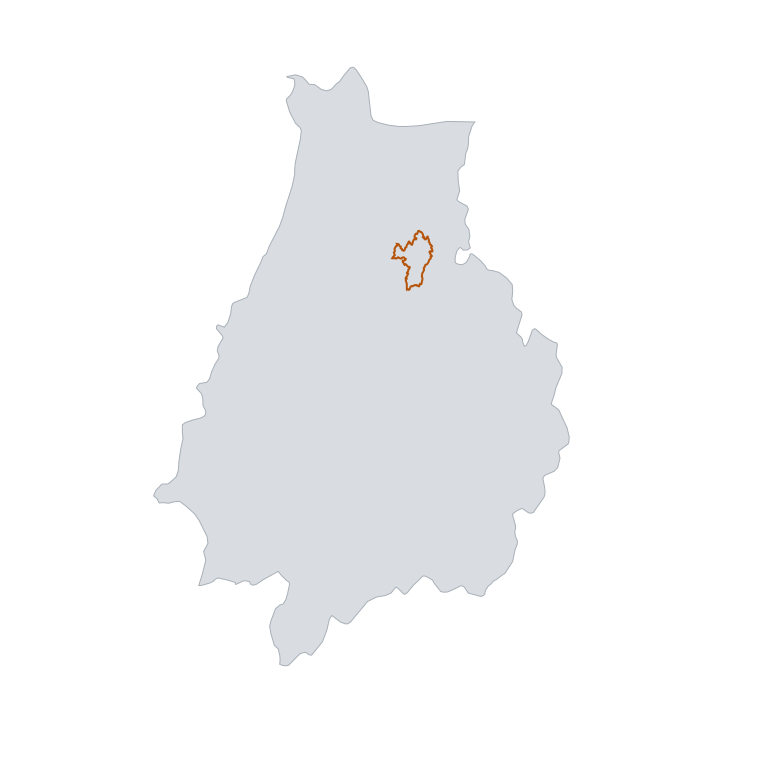 Novogrudok, Grodno, Belarus shown in context, rotated 105°
{"feature_id": "67162791B21439902878143", "entity_name": "Novogrudok", "entity_type": "district", "adm_level": 2, "iso_a3": "BLR", "parent_name": "Belarus", "parent_adm1": "Grodno", "projection": "robinson", "projection_center": [25.854, 53.617], "detail": "fine", "context": "in_parent", "style": "outline", "palette": "amber", "viewbox_px": 768, "rotation_deg": 105, "n_neighbors": 0, "source": "geoboundaries", "source_scale": "gbopen_adm2", "svg_char_len": 7818}
<svg xmlns="http://www.w3.org/2000/svg" viewBox="0 0 768 768"><g transform="rotate(105 384 384)"><path d="M626.6,510.8L614.6,510.3L600.3,510.5L592.4,514.9L583.6,512.8L577.4,515.2L563.6,527.3L558.2,533.7L553.2,543.7L550.2,551.1L552.1,556.3L554.9,561.1L555.7,566.3L557.1,570.4L553.7,573.3L551.7,577.6L545.7,576.8L538.2,572.7L536.5,566.8L530.7,562.7L527.0,560.6L520.8,560.3L511.1,562.2L498.3,563.6L488.6,564.0L483.4,566.1L475.6,568.2L472.5,565.8L468.1,559.1L464.4,552.4L461.9,549.5L459.7,548.6L457.1,548.8L454.2,550.9L452.0,553.1L443.9,555.6L440.4,558.0L436.6,564.1L434.0,563.7L431.3,562.3L428.1,555.4L423.8,553.8L417.0,553.7L408.6,552.3L401.7,550.2L399.3,550.7L395.2,553.6L390.8,554.0L381.2,551.4L379.3,552.6L373.9,560.2L371.3,560.6L369.8,559.6L370.5,553.0L364.9,550.7L355.5,550.3L348.9,551.3L345.6,551.0L344.0,549.8L335.8,538.7L331.5,538.0L323.8,538.5L312.5,537.2L299.5,534.7L292.3,533.8L288.6,531.3L280.5,530.5L259.0,525.8L250.2,525.0L237.2,524.9L217.5,523.9L204.8,524.5L199.0,526.0L192.2,527.0L168.8,528.2L160.3,529.5L157.9,531.8L155.1,536.9L145.4,545.7L135.9,551.5L134.2,552.0L128.7,548.9L124.1,547.9L118.8,547.5L115.0,548.5L112.5,550.0L112.8,556.8L112.2,557.4L108.2,549.3L108.6,542.0L111.0,537.9L113.8,534.1L112.8,528.5L115.6,521.1L115.8,515.7L114.6,513.4L112.4,510.7L106.4,507.7L103.7,505.4L95.5,502.3L87.4,498.4L86.0,496.0L86.4,494.4L87.9,491.9L94.3,484.7L101.1,477.7L105.5,474.9L128.5,465.9L132.1,462.7L133.0,457.4L132.8,446.7L131.5,436.9L129.8,430.1L125.6,417.4L114.1,391.2L107.4,364.1L112.0,365.7L122.8,366.3L131.5,364.4L135.9,364.1L139.9,364.7L151.3,363.2L154.1,365.6L159.1,367.8L169.1,364.7L177.9,360.9L187.1,361.3L188.4,359.4L190.7,349.8L193.5,347.7L204.4,348.6L208.5,346.9L212.7,342.1L219.2,339.2L224.5,339.2L230.2,335.9L232.9,338.1L234.2,342.1L232.4,345.3L233.2,346.5L237.1,348.1L243.7,348.0L248.0,346.7L249.0,344.9L249.0,341.6L247.9,338.5L245.1,335.9L239.8,334.5L236.1,334.4L235.5,332.8L236.8,329.2L240.0,322.5L244.0,316.5L246.5,314.2L246.9,312.1L246.4,308.5L246.4,301.9L250.0,292.7L254.8,285.9L261.3,283.6L269.2,282.4L274.2,279.2L276.7,275.5L278.9,269.8L281.4,268.6L300.4,269.3L303.3,263.6L304.9,262.0L308.6,260.3L311.1,258.2L310.1,256.6L305.3,255.6L293.8,254.7L291.5,252.8L292.2,250.5L295.3,244.6L298.1,237.0L299.6,231.1L299.7,227.6L301.4,226.6L310.6,225.5L313.7,224.3L321.7,216.3L327.7,214.9L343.4,217.0L350.6,216.8L359.8,217.4L360.6,216.6L363.7,208.6L379.0,195.8L387.2,191.4L392.4,190.4L394.3,190.6L402.7,197.4L404.7,197.7L410.1,194.8L419.7,194.6L424.2,197.0L430.7,205.2L434.0,206.2L443.2,201.6L448.4,200.1L451.8,200.1L469.5,206.5L470.8,208.6L471.0,211.0L468.4,218.5L472.2,223.1L476.5,226.3L485.4,221.1L488.7,219.6L492.3,219.6L497.2,217.7L500.6,214.8L504.0,213.8L510.5,214.5L522.1,213.8L535.9,218.3L537.1,219.7L544.0,225.0L546.5,227.7L548.8,228.5L552.5,231.1L557.4,232.7L560.8,232.2L562.4,233.1L564.0,235.1L564.2,238.6L564.1,248.6L559.4,253.8L558.8,255.6L559.1,257.8L563.1,262.1L568.4,268.7L569.7,272.6L569.8,275.5L563.2,284.2L561.0,286.2L559.6,290.5L558.9,294.9L559.4,296.7L571.1,303.7L579.6,307.5L581.6,309.3L581.8,310.5L577.5,318.0L577.2,320.0L584.1,323.1L588.0,328.0L591.6,336.0L598.3,343.6L622.7,354.8L624.9,356.8L625.7,359.2L625.2,364.4L621.1,374.4L625.3,375.9L635.9,375.5L648.9,376.7L664.7,383.8L664.9,386.9L663.4,389.8L664.6,392.8L666.4,395.4L680.2,403.3L681.6,405.6L682.0,409.4L681.7,412.2L678.0,412.8L673.9,414.1L667.3,417.5L664.8,422.3L654.1,428.8L647.4,431.8L642.0,431.9L629.1,430.6L624.5,427.4L622.5,424.4L617.5,423.0L610.9,422.9L601.9,423.4L600.1,424.3L598.7,428.0L595.0,434.2L592.4,437.7L604.3,450.1L610.3,455.2L612.2,458.3L612.2,460.5L609.6,463.1L610.2,468.4L616.0,475.3L614.2,476.4L613.9,484.9L614.3,494.0L615.9,496.2L619.0,498.0L621.7,501.3L626.2,508.9L626.6,510.8Z" fill="#d9dde1" stroke="#a8b0b8" stroke-width="1"/><path d="M238.6,373.4L238.0,373.9L237.5,374.4L237.4,375.0L237.3,375.6L236.7,376.1L236.0,376.3L235.6,376.6L235.2,377.1L235.1,377.5L234.7,377.6L234.0,377.7L232.7,378.2L232.4,378.6L232.1,379.1L231.6,379.5L231.0,379.6L230.4,379.8L230.4,380.2L231.4,380.4L232.0,380.4L232.2,380.7L232.8,380.9L233.4,381.0L233.5,381.7L233.7,382.1L233.4,382.5L232.8,382.7L232.0,383.0L232.3,383.6L232.4,383.9L232.4,384.2L232.2,384.5L231.7,384.5L231.0,384.4L230.5,384.5L230.2,384.7L229.8,384.9L229.2,385.4L228.4,386.1L227.9,386.7L227.7,387.0L227.6,387.8L227.7,388.4L227.2,389.1L227.0,389.9L227.5,390.6L228.8,390.7L230.0,390.7L230.6,391.0L230.5,391.9L230.8,392.3L232.3,392.7L233.8,392.7L234.5,392.2L234.7,391.3L234.8,390.5L235.3,390.3L236.0,390.5L236.2,391.2L236.2,391.8L236.5,392.4L237.3,392.7L238.8,392.9L240.4,392.9L241.3,392.8L242.1,392.9L242.4,393.4L242.2,393.7L241.5,394.1L241.3,394.6L241.5,395.2L241.2,395.7L240.4,396.0L240.0,396.2L239.9,396.7L240.7,397.1L241.6,397.2L242.3,397.3L242.7,397.3L243.1,397.6L243.6,397.9L244.5,397.9L245.0,397.9L245.7,397.8L246.2,398.0L246.5,398.2L246.7,398.7L247.7,398.7L248.6,398.7L249.3,398.8L249.9,399.0L250.1,399.3L249.8,399.5L249.8,400.0L250.0,400.3L250.1,400.7L249.8,401.3L249.3,401.5L248.9,401.6L248.7,402.2L248.7,402.6L248.6,403.0L248.3,403.2L247.6,403.3L247.0,403.3L246.8,403.7L246.8,404.0L246.8,404.4L246.5,405.0L245.8,405.5L245.3,405.9L245.1,406.5L245.2,407.2L245.3,407.9L245.9,407.6L246.3,407.3L247.2,407.3L247.6,407.7L247.9,408.2L248.6,408.3L249.3,408.4L249.6,408.6L250.3,408.8L250.9,408.7L251.5,408.5L252.0,408.2L252.8,407.9L253.5,408.0L254.0,408.4L254.5,408.5L254.8,408.3L255.3,408.0L256.2,407.3L256.9,406.9L257.8,407.5L258.7,408.1L259.7,408.4L260.4,408.6L260.3,407.7L259.9,406.9L259.7,406.3L259.5,405.9L259.5,405.4L259.8,405.0L259.7,404.7L259.2,404.1L258.2,403.5L257.9,403.1L258.1,402.5L258.4,402.1L258.4,401.7L258.4,401.2L258.5,400.0L258.1,399.6L257.7,399.5L257.2,399.1L256.8,398.4L256.5,397.7L256.8,397.1L257.3,396.7L257.6,396.3L257.6,396.0L257.5,395.4L258.1,395.3L258.7,395.5L259.1,396.0L259.8,396.6L260.2,397.2L260.1,397.4L260.0,397.7L260.4,397.8L261.0,397.6L261.5,397.1L261.9,396.7L262.6,396.0L263.2,395.5L263.6,395.0L263.3,394.7L262.7,394.4L262.8,393.9L263.2,393.2L263.6,392.5L264.2,391.8L264.4,391.3L264.6,390.6L264.5,390.0L264.3,389.7L264.5,389.4L265.3,389.3L265.9,389.3L266.5,389.6L266.9,390.0L267.2,390.1L267.9,390.0L268.6,389.9L269.5,390.0L269.9,390.2L270.3,390.6L270.9,390.6L271.2,390.2L271.1,389.7L271.2,389.3L271.9,389.4L272.8,389.5L273.7,389.6L274.5,389.9L275.0,390.2L276.0,390.5L276.6,390.4L276.6,389.9L276.5,389.4L277.0,389.4L277.5,389.6L278.5,389.7L279.4,389.1L280.5,388.4L281.7,387.8L283.2,387.4L284.4,387.1L285.4,386.8L286.0,386.7L286.6,386.4L286.4,386.3L286.2,385.7L286.6,385.3L286.6,384.8L286.6,384.3L286.1,383.9L285.1,383.8L283.9,383.6L283.0,383.4L282.4,382.9L282.3,382.3L282.2,381.7L281.8,381.6L281.2,380.6L280.7,380.2L280.3,379.3L280.1,378.5L280.5,378.2L280.5,377.6L280.1,377.2L280.2,376.7L280.3,376.4L280.7,376.0L280.6,375.5L280.1,375.2L279.2,375.2L278.7,375.3L277.9,375.1L278.0,374.6L277.9,374.0L277.8,373.8L276.5,373.8L275.7,373.8L274.9,373.9L274.2,373.9L273.5,373.9L272.8,374.0L272.1,374.2L271.7,374.4L271.1,374.6L270.7,374.9L270.4,375.1L270.1,375.4L269.6,375.4L268.5,375.5L268.1,375.6L267.6,375.6L267.1,375.7L266.4,375.5L265.9,375.3L265.4,375.1L264.9,375.1L264.4,375.0L263.5,374.8L262.9,375.0L262.6,375.2L262.1,375.5L261.7,375.6L261.1,375.4L260.7,375.1L260.3,375.0L259.9,375.1L259.5,375.1L258.8,374.9L258.5,374.9L258.0,374.7L257.8,374.3L257.6,373.9L257.2,373.4L256.8,373.3L256.4,373.1L255.8,372.9L255.2,372.7L254.3,372.5L253.6,372.5L252.6,372.4L252.0,372.3L251.4,371.9L250.9,371.5L250.1,371.4L249.7,371.6L249.2,371.9L248.8,371.9L248.6,371.7L248.4,371.1L248.1,370.9L247.7,371.1L247.4,371.8L247.1,372.2L246.8,372.6L246.3,372.9L245.9,373.0L245.6,373.3L245.6,373.6L245.1,374.1L244.5,374.3L244.1,374.1L243.8,373.6L243.6,373.0L243.7,372.5L243.7,372.0L243.3,371.6L242.4,371.8L241.8,372.2L241.2,372.6L240.8,373.0L240.5,373.6L239.5,373.9L238.7,373.7L238.6,373.4Z" fill="none" stroke="#b45309" stroke-width="2"/></g></svg>